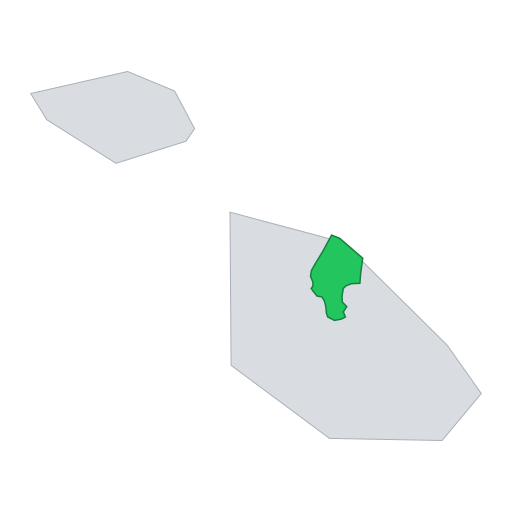 Malta, with Naxxar highlighted
{"feature_id": "MLT-5928", "entity_name": "Naxxar", "entity_type": "state/province", "adm_level": 1, "iso_a3": "MLT", "parent_name": "Malta", "parent_adm1": "", "projection": "albers", "projection_center": [14.439, 35.933], "detail": "fine", "context": "in_parent", "style": "filled", "palette": "green", "viewbox_px": 512, "rotation_deg": 0, "n_neighbors": 0, "source": "natural_earth", "source_scale": "10m", "svg_char_len": 754}
<svg xmlns="http://www.w3.org/2000/svg" viewBox="0 0 512 512"><path d="M481.3,393.5L442.1,440.5L329.5,438.4L231.1,365.4L230.0,212.2L343.4,242.5L447.1,345.1L481.3,393.5ZM186.0,141.2L116.0,163.3L46.8,119.8L30.7,93.5L127.5,71.5L174.6,91.0L194.6,128.7L186.0,141.2Z" fill="#d9dde1" stroke="#a8b0b8" stroke-width="1"/><path d="M331.6,235.1L339.6,238.3L362.7,258.2L360.6,273.9L359.9,283.3L351.3,283.7L346.1,285.8L343.3,288.4L342.0,296.5L342.3,302.0L346.8,306.7L343.3,311.9L345.4,317.0L341.3,319.1L334.4,320.4L327.8,317.0L326.4,313.1L326.1,308.9L325.4,304.6L324.3,300.8L321.9,296.9L317.1,296.1L312.9,290.9L311.2,288.4L312.9,286.2L312.9,282.0L310.5,276.4L311.5,270.4L315.3,263.6L322.6,251.7L331.6,235.1Z" fill="#22c55e" stroke="#15803d" stroke-width="1.5"/></svg>